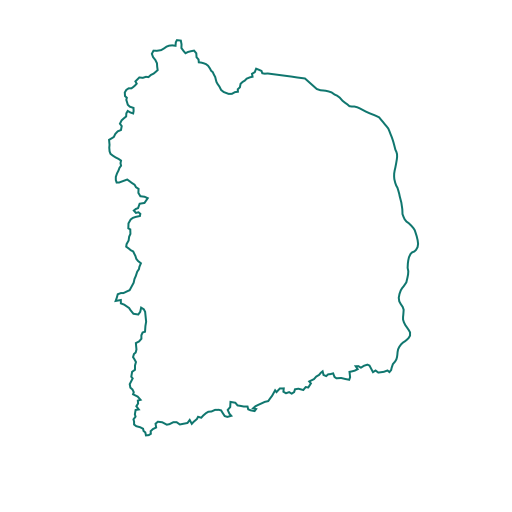 Palmeirópolis, Tocantins, Brazil (Albers equal-area conic projection), rotated 11°
{"feature_id": "56859067B97486789704660", "entity_name": "Palmeirópolis", "entity_type": "district", "adm_level": 2, "iso_a3": "BRA", "parent_name": "Brazil", "parent_adm1": "Tocantins", "projection": "albers", "projection_center": [-48.365, -13.041], "detail": "fine", "context": "isolated", "style": "outline", "palette": "teal", "viewbox_px": 512, "rotation_deg": 11, "n_neighbors": 0, "source": "geoboundaries", "source_scale": "gbopen_adm2", "svg_char_len": 5405}
<svg xmlns="http://www.w3.org/2000/svg" viewBox="0 0 512 512"><g transform="rotate(11 256 256)"><path d="M126.8,326.9L131.7,325.0L132.4,328.3L135.9,328.9L141.4,331.3L143.0,333.0L146.7,336.1L151.6,335.9L153.0,332.9L153.1,328.6L156.0,329.7L157.8,331.9L160.7,341.5L160.8,345.8L161.5,351.5L159.3,352.7L158.6,355.7L159.3,359.1L157.5,362.2L154.7,364.4L155.5,367.2L156.5,370.6L156.3,373.7L154.9,375.5L154.6,378.7L156.3,380.5L158.4,383.0L158.1,386.5L158.9,390.8L156.5,393.3L156.6,398.3L158.3,399.7L156.5,405.9L157.8,409.2L160.2,410.6L162.0,413.0L161.7,415.2L166.7,416.6L170.1,419.2L167.6,420.5L168.4,423.3L167.2,426.3L170.2,429.0L167.2,430.1L167.3,434.5L168.4,436.7L166.9,439.7L167.9,441.8L168.5,444.7L170.9,445.9L175.0,446.2L178.1,447.1L179.0,449.2L181.0,450.3L182.2,453.1L184.9,452.3L186.7,450.6L186.0,448.1L187.8,445.6L190.7,443.4L189.4,439.8L191.3,437.4L195.7,437.1L200.6,438.6L203.1,437.6L206.6,434.9L209.8,434.3L213.4,435.9L216.6,434.6L220.6,433.0L222.2,429.6L225.0,433.0L226.4,430.7L229.1,427.3L229.8,424.9L233.1,425.2L234.6,422.7L236.9,419.8L238.9,418.0L242.0,417.1L245.1,414.9L248.8,414.1L251.2,414.2L253.1,416.3L255.8,419.1L258.6,419.4L262.2,417.6L260.0,415.9L257.6,412.5L259.5,409.2L258.8,404.1L263.7,404.0L266.4,406.2L269.1,406.1L272.6,406.1L276.4,405.4L277.6,408.0L280.1,408.5L284.2,408.5L285.3,406.2L282.3,406.0L284.1,403.6L286.9,401.5L289.6,399.6L292.5,397.5L295.7,396.1L296.9,393.4L298.5,390.1L300.4,384.2L302.1,385.7L304.7,381.5L308.5,380.7L308.8,384.0L311.6,385.0L314.5,383.3L317.3,384.3L319.4,382.3L319.7,379.4L322.9,378.2L328.0,378.5L329.8,375.2L332.4,375.1L334.2,370.6L332.2,369.0L336.4,365.8L338.1,362.9L340.6,360.7L341.9,358.3L343.4,356.5L345.0,359.9L347.8,360.5L349.4,358.4L351.7,357.7L354.1,356.5L356.2,359.8L358.3,360.7L362.8,359.5L367.4,359.7L371.1,359.7L371.5,357.0L369.9,351.9L372.3,350.9L374.8,349.7L377.4,347.7L374.9,345.2L377.5,344.6L380.3,345.6L383.0,343.1L386.1,341.4L388.3,341.9L393.0,347.7L395.2,345.6L398.3,347.1L403.6,345.3L406.9,343.3L409.1,344.5L410.4,342.2L410.5,339.7L411.0,336.0L412.7,333.0L413.5,330.7L413.7,328.4L413.6,326.1L413.3,323.3L413.3,320.5L414.0,317.8L415.3,315.0L416.9,312.8L418.5,311.3L420.0,309.5L421.4,307.5L422.4,304.8L421.8,301.6L420.2,299.7L418.0,297.5L415.8,295.4L413.8,292.8L412.5,290.4L412.0,287.9L411.8,285.6L411.5,283.0L411.2,280.6L409.7,278.0L407.3,275.6L405.3,273.2L404.1,269.8L404.1,265.8L404.7,262.0L405.6,259.6L406.7,257.6L407.7,255.3L408.6,253.2L408.7,250.9L408.8,248.2L408.8,245.0L408.4,241.9L407.1,238.7L406.5,234.4L406.3,231.3L406.4,228.0L407.3,224.5L408.6,222.6L410.5,221.4L411.9,219.5L412.9,216.5L412.8,213.2L411.7,209.8L410.0,206.0L408.2,202.7L406.9,200.4L405.3,198.7L402.8,196.7L399.6,194.6L397.1,193.5L394.9,191.6L393.2,189.2L391.8,186.9L391.3,184.7L390.7,182.2L389.8,179.6L388.5,175.9L386.8,172.3L385.7,170.0L384.7,167.6L383.2,164.6L381.8,162.0L380.2,160.1L378.7,157.6L377.1,154.1L376.4,151.6L375.9,148.7L375.8,145.6L375.9,142.5L375.9,138.7L375.8,134.4L375.6,131.8L375.0,129.1L374.0,127.1L372.5,125.0L370.8,121.4L369.3,118.3L368.3,116.4L366.7,113.6L364.8,110.7L363.2,108.1L361.5,105.6L359.3,103.7L357.4,102.2L355.2,100.3L352.9,98.5L350.4,96.4L347.3,95.6L345.1,95.1L342.8,94.7L340.1,94.2L336.3,93.3L332.7,92.2L329.7,91.3L327.1,90.7L324.1,90.5L321.6,91.0L319.1,91.1L316.7,89.7L314.2,88.6L311.3,87.1L307.9,84.5L304.9,83.1L302.3,82.5L299.0,81.0L295.8,80.6L292.8,80.5L290.4,80.7L287.6,81.0L283.8,80.5L270.2,72.4L262.4,72.9L256.8,73.1L232.7,74.6L229.7,75.4L227.3,75.4L226.1,73.3L223.6,72.7L220.4,72.1L219.7,75.8L217.3,77.9L218.4,80.7L215.9,81.8L213.0,83.7L211.5,86.0L209.7,87.6L208.0,89.9L208.0,93.5L206.3,95.8L206.9,98.2L204.0,99.2L201.4,101.4L198.2,102.1L193.0,101.2L190.1,99.7L187.7,96.6L185.4,94.4L184.0,92.7L183.0,90.7L181.8,88.1L180.0,85.9L178.5,83.8L176.6,82.7L175.0,80.7L172.7,78.4L170.3,77.2L168.0,76.8L165.4,76.6L162.9,76.8L162.1,74.1L159.7,72.2L158.7,68.4L156.0,66.2L152.8,67.5L150.3,68.7L148.1,70.4L145.9,68.7L143.1,66.1L142.5,62.4L141.1,58.9L137.2,59.2L136.5,61.5L136.9,65.0L133.6,65.2L130.6,66.1L128.3,67.5L126.1,69.8L123.6,72.0L119.5,73.5L116.2,74.0L115.2,77.4L117.0,80.4L119.8,82.8L122.0,85.7L122.9,89.1L124.0,92.3L122.4,94.4L120.7,96.5L118.3,98.3L116.3,100.9L113.8,101.1L110.9,102.7L107.4,103.0L105.8,105.4L104.3,107.6L106.0,109.6L104.7,111.7L103.3,113.5L101.7,115.2L99.0,115.7L97.0,117.7L96.0,120.5L96.9,124.0L99.0,125.3L98.9,127.5L100.2,129.9L101.3,132.0L103.6,133.5L107.5,134.0L108.2,137.1L108.2,139.5L105.3,139.1L102.4,138.1L101.5,140.7L101.9,143.8L100.0,146.1L98.2,148.5L97.2,152.1L99.4,154.1L99.4,158.1L96.5,160.0L94.6,163.0L93.7,166.3L91.9,168.0L89.6,170.0L91.0,174.8L91.3,177.7L92.3,181.2L93.7,183.5L96.3,184.8L99.3,186.0L102.5,186.9L105.3,188.1L105.3,190.8L106.3,193.1L105.2,195.4L104.7,198.3L103.8,201.5L103.3,205.1L103.9,208.2L105.2,210.5L107.6,210.0L115.0,205.5L118.0,206.9L120.0,207.9L123.2,209.2L125.1,211.4L127.9,212.5L128.5,216.5L131.1,219.4L135.3,219.1L138.7,219.9L136.4,225.2L131.8,226.9L131.1,231.5L129.1,232.7L127.4,234.7L129.9,236.6L132.3,235.5L134.4,236.7L134.4,238.9L130.4,240.6L127.8,242.1L126.0,244.1L124.6,248.3L125.4,253.2L127.5,253.9L128.5,258.3L127.8,261.2L128.0,265.1L126.7,269.0L126.8,271.6L129.8,273.0L131.9,274.2L134.6,275.0L136.3,277.3L137.7,279.1L139.0,281.6L141.1,283.4L144.4,285.1L143.6,288.9L143.6,291.3L142.4,294.0L141.8,298.7L141.1,301.7L141.0,305.6L138.5,313.6L132.9,317.7L130.6,318.1L127.6,319.9L127.3,323.6L126.8,326.9Z" fill="none" stroke="#0f766e" stroke-width="2"/></g></svg>